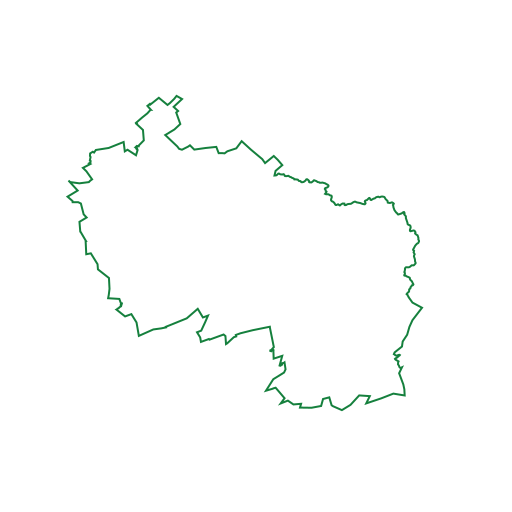 outline of Sekhukhune, Limpopo, South Africa, rotated 70°
{"feature_id": "47623444B21298621424908", "entity_name": "Sekhukhune", "entity_type": "district", "adm_level": 2, "iso_a3": "ZAF", "parent_name": "South Africa", "parent_adm1": "Limpopo", "projection": "equal_earth", "projection_center": [29.807, -24.813], "detail": "fine", "context": "isolated", "style": "outline", "palette": "green", "viewbox_px": 512, "rotation_deg": 70, "n_neighbors": 0, "source": "geoboundaries", "source_scale": "gbopen_adm2", "svg_char_len": 6119}
<svg xmlns="http://www.w3.org/2000/svg" viewBox="0 0 512 512"><g transform="rotate(70 256 256)"><path d="M173.0,202.7L168.1,205.1L171.8,215.7L167.1,217.0L154.3,224.4L143.2,230.2L148.1,237.7L147.8,247.1L148.8,250.4L147.8,252.5L146.6,255.9L139.9,256.0L137.3,266.3L134.9,277.6L129.4,280.2L130.0,282.4L130.8,289.2L129.0,291.6L126.1,292.5L111.3,299.9L109.2,289.4L106.1,282.0L93.9,281.9L93.1,279.6L87.7,282.4L83.2,271.8L78.4,275.9L80.4,279.2L82.9,284.7L83.8,287.5L74.1,293.2L77.6,303.7L76.8,303.8L77.8,306.7L82.6,304.8L82.5,305.0L84.8,309.3L86.4,314.0L86.9,315.5L89.8,323.1L90.5,322.7L90.7,323.3L98.9,319.1L109.0,321.9L111.9,328.0L112.8,328.7L111.8,330.3L112.5,331.8L113.0,330.9L113.6,331.7L114.3,331.0L115.0,331.6L115.9,331.0L120.3,334.3L112.2,340.4L112.8,343.5L103.6,341.4L104.1,357.5L101.6,370.2L103.4,372.8L102.2,373.7L102.9,376.8L105.2,377.8L106.4,377.6L109.5,379.5L110.2,378.9L111.5,379.6L111.8,381.1L112.9,380.2L114.0,388.5L118.4,386.4L127.9,383.8L128.6,386.2L129.4,387.8L127.3,397.1L123.0,405.3L121.0,406.4L133.5,401.2L135.8,412.8L141.6,409.6L142.7,409.9L144.6,404.7L146.8,402.6L157.9,403.7L161.9,402.0L163.5,410.2L173.0,412.8L173.2,412.6L183.5,410.7L183.4,410.9L196.3,414.9L197.0,410.3L209.5,407.7L214.5,409.1L226.4,401.7L236.8,404.9L242.3,407.7L245.1,409.4L249.6,399.1L254.2,399.1L254.8,398.8L254.7,398.3L254.9,398.3L255.1,398.7L255.3,398.8L255.4,399.2L255.7,399.0L255.9,399.1L256.2,399.9L256.8,399.8L257.1,400.0L257.3,401.2L257.7,402.4L258.1,402.9L258.1,404.2L258.7,404.9L258.7,405.4L268.0,399.7L268.0,393.0L277.6,391.0L291.0,393.4L289.9,377.6L291.6,369.8L292.3,365.0L291.7,365.0L290.9,342.4L285.7,328.8L295.6,326.9L295.6,321.5L300.8,326.4L307.4,333.0L307.5,337.5L313.4,336.3L317.9,337.1L317.9,328.6L318.7,328.3L318.7,313.3L320.8,312.1L328.5,314.3L328.2,312.9L324.7,304.6L324.8,302.1L323.3,302.0L323.3,297.0L324.6,284.5L327.2,267.2L328.5,267.5L347.7,270.4L349.6,273.9L349.5,274.7L349.8,274.9L350.0,274.3L350.5,274.5L350.7,274.2L350.2,273.7L350.2,273.0L349.9,272.3L350.0,271.9L350.4,271.7L351.4,272.2L358.5,274.5L358.8,265.5L367.0,271.3L367.4,270.8L367.5,270.5L367.1,269.6L367.0,268.6L366.6,268.5L366.1,268.9L365.7,268.4L365.9,266.3L365.7,265.6L372.6,267.0L375.1,269.5L377.7,281.9L386.0,292.7L386.4,286.1L386.4,285.3L386.3,285.1L386.5,282.6L399.4,277.8L403.0,283.2L402.8,275.5L408.3,271.6L410.3,264.2L413.5,266.5L417.6,255.7L419.2,246.1L413.3,241.9L413.9,235.5L422.1,236.0L423.4,235.1L430.2,228.0L428.2,218.1L422.3,206.7L426.6,197.0L432.2,202.8L432.6,187.0L432.3,174.0L437.9,164.0L432.0,162.2L427.1,161.5L415.1,161.6L410.5,156.9L410.6,158.2L410.3,158.8L409.6,159.2L407.8,159.2L406.4,159.6L404.7,158.9L403.8,158.1L401.4,160.1L400.7,160.5L400.2,160.6L400.0,160.2L399.6,158.0L398.6,155.5L398.5,155.0L398.3,154.7L398.0,154.9L397.8,155.3L397.7,157.7L397.4,158.5L396.8,159.1L396.2,159.3L395.4,160.0L394.0,158.7L391.0,149.8L386.5,147.4L381.7,140.9L375.1,136.1L369.8,130.9L361.4,117.7L353.3,124.9L346.8,126.7L346.5,126.6L344.9,127.0L344.1,126.9L343.8,127.0L343.4,127.5L343.2,127.4L342.3,125.8L341.9,124.6L341.3,124.1L339.8,123.5L339.2,122.0L338.3,121.6L337.5,120.2L336.9,119.7L336.9,119.4L337.1,118.7L336.9,118.2L336.5,117.8L335.4,117.9L334.6,118.1L333.3,118.1L330.9,119.2L329.0,119.0L328.0,119.9L326.5,121.6L325.6,122.1L325.4,122.6L325.2,123.2L324.8,123.3L324.6,123.2L323.8,122.3L323.5,122.1L322.8,121.9L321.8,122.1L321.1,121.4L320.2,121.0L319.7,120.6L318.9,120.4L318.4,120.0L318.0,119.2L317.9,118.8L318.6,117.1L318.9,116.2L318.8,115.0L318.0,112.9L318.7,111.0L318.6,110.6L317.7,108.9L317.4,108.5L316.8,108.3L315.6,108.4L313.4,107.8L310.3,107.7L309.5,107.2L308.6,106.3L307.7,106.4L306.6,106.7L305.2,105.7L304.0,106.3L303.7,106.2L300.7,102.8L299.5,100.6L299.4,99.6L299.2,99.0L298.0,97.8L297.2,97.6L296.0,97.8L294.6,97.2L291.9,97.1L290.6,98.1L289.3,98.8L289.0,98.7L288.2,98.0L286.5,98.4L285.9,99.2L285.6,102.3L285.3,102.6L284.9,102.7L283.9,102.3L282.3,101.0L280.8,100.6L279.8,100.9L278.7,102.2L277.8,102.6L276.5,102.3L271.6,102.2L270.4,101.7L269.9,101.6L267.6,102.5L267.1,102.4L266.9,101.9L266.7,101.8L266.0,101.7L265.6,101.8L265.3,101.9L265.2,102.6L265.8,104.6L265.7,108.0L265.5,108.4L265.1,108.6L264.4,108.6L263.1,109.4L260.3,110.2L257.3,110.2L255.5,109.8L254.9,109.9L254.7,109.7L254.1,108.7L253.9,108.6L253.1,109.0L252.1,109.9L252.0,112.0L251.4,113.1L250.9,113.9L249.1,113.6L247.0,114.7L244.7,115.1L244.3,115.4L243.8,116.1L243.2,117.2L243.0,118.3L243.1,119.7L243.0,119.9L242.1,120.8L241.9,122.4L241.9,123.0L242.5,124.8L242.3,125.9L242.8,128.6L242.7,128.8L242.2,129.2L241.4,129.2L240.3,129.5L240.2,130.0L241.4,132.7L241.3,134.0L241.5,134.7L242.0,135.1L243.9,135.0L244.3,135.4L244.6,136.1L244.5,136.4L243.4,138.2L241.9,139.9L240.0,143.1L239.0,144.0L238.7,144.5L238.7,146.2L239.0,147.0L239.4,149.0L238.8,151.1L238.6,152.4L238.7,153.0L238.9,153.6L238.8,154.4L238.6,155.1L238.3,155.3L237.0,155.0L236.4,156.4L236.3,156.8L236.7,158.7L236.9,159.3L237.1,159.5L237.2,159.9L236.8,160.3L236.3,160.6L235.5,161.2L235.5,161.9L235.6,163.0L235.4,163.5L235.1,163.8L234.5,164.0L233.4,164.1L232.9,164.4L232.5,164.4L231.2,165.2L230.5,166.0L229.4,166.4L228.8,166.3L228.5,166.0L228.0,165.8L227.0,164.9L226.6,164.7L225.8,164.4L225.1,164.5L224.3,165.7L222.9,166.7L222.4,167.7L222.0,169.0L221.2,169.8L220.3,168.3L219.6,167.7L218.6,168.3L217.6,168.0L216.6,168.4L216.2,168.2L215.9,167.7L215.9,165.4L215.5,164.4L215.1,164.0L214.5,163.8L213.5,164.3L212.6,165.2L211.4,166.1L209.7,168.5L209.5,169.5L209.0,171.0L208.3,171.5L207.5,172.9L206.4,173.5L204.7,175.5L204.7,175.9L205.2,176.7L205.8,178.6L205.7,179.2L205.4,179.6L205.1,180.5L204.6,180.8L204.0,180.5L203.6,180.5L203.2,180.8L202.7,180.8L202.2,181.1L201.3,181.8L201.2,182.5L202.1,183.8L202.7,185.9L202.5,187.3L202.2,188.0L201.8,188.3L201.0,188.5L200.7,188.8L200.6,189.2L200.0,190.1L198.7,190.5L198.3,191.0L198.0,191.7L197.5,192.4L197.4,193.2L197.1,193.8L196.5,193.8L195.9,194.2L194.8,195.5L194.1,195.9L193.4,196.9L191.7,198.2L191.4,200.0L190.8,201.4L190.4,201.6L189.7,201.6L188.8,201.9L188.6,202.0L188.5,202.3L188.5,203.2L187.8,204.8L187.3,205.5L186.4,206.2L186.2,206.8L187.1,209.0L187.1,209.6L186.7,211.1L182.7,208.5L179.6,200.2L173.0,202.7Z" fill="none" stroke="#15803d" stroke-width="2"/></g></svg>